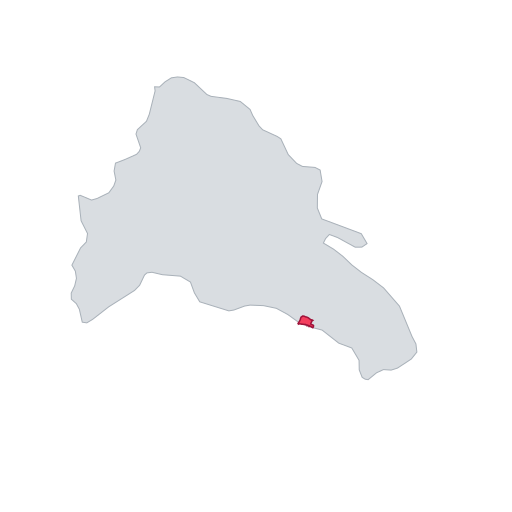 location of Guayacanes, San Pedro de Macorís, Dominican Republic, rotated 25°
{"feature_id": "3306468B17793693444976", "entity_name": "Guayacanes", "entity_type": "district", "adm_level": 2, "iso_a3": "DOM", "parent_name": "Dominican Republic", "parent_adm1": "San Pedro de Macorís", "projection": "robinson", "projection_center": [-69.45, 18.445], "detail": "fine", "context": "in_parent", "style": "filled", "palette": "rose", "viewbox_px": 512, "rotation_deg": 25, "n_neighbors": 0, "source": "geoboundaries", "source_scale": "gbopen_adm2", "svg_char_len": 3519}
<svg xmlns="http://www.w3.org/2000/svg" viewBox="0 0 512 512"><g transform="rotate(25 256 256)"><path d="M93.0,342.1L93.6,322.8L96.3,315.0L93.8,306.8L82.6,298.0L75.7,286.7L69.6,276.7L71.0,275.3L83.3,274.8L87.6,271.1L95.9,260.9L97.5,252.7L96.9,246.4L91.5,239.0L89.4,231.2L96.1,224.3L104.8,214.3L106.0,210.5L105.8,206.7L95.7,196.2L95.1,191.6L99.8,180.2L99.4,172.7L94.8,149.1L92.6,145.5L97.1,143.6L100.0,136.5L104.0,130.3L109.2,126.9L115.1,124.8L126.9,125.0L143.2,130.4L147.8,130.3L163.5,125.4L176.5,122.6L188.7,125.7L193.6,130.0L203.7,136.8L208.7,138.8L224.7,138.7L229.0,139.3L242.4,150.5L253.7,154.9L260.2,155.2L272.0,150.8L277.8,151.0L284.4,160.6L285.7,174.2L291.3,186.6L299.9,194.6L342.0,191.3L351.4,197.8L348.2,203.2L342.2,206.1L322.2,204.8L313.4,205.5L311.7,210.8L311.6,215.8L323.3,217.0L334.9,219.6L346.6,223.6L358.5,226.3L371.9,228.1L385.1,231.0L407.2,240.8L431.5,263.1L438.1,268.1L442.4,275.1L440.3,283.7L431.6,297.8L426.7,302.3L419.5,305.1L414.6,310.9L409.9,320.7L407.0,321.5L403.5,321.1L397.7,315.6L393.5,307.0L381.7,298.9L367.8,300.0L347.2,295.2L334.7,297.5L322.2,298.0L309.5,295.6L296.6,294.8L283.8,297.8L271.4,303.0L266.8,306.2L258.8,314.3L254.6,317.2L224.4,321.3L215.7,315.4L207.6,307.3L196.0,306.2L179.1,312.5L168.6,314.7L164.3,317.4L163.0,320.4L162.9,331.7L160.5,338.5L144.0,364.3L134.7,382.5L130.9,388.1L126.5,389.4L118.4,378.9L113.3,375.1L106.9,373.2L104.2,367.7L104.3,359.7L102.7,352.1L98.7,346.1L93.0,342.1Z" fill="#d9dde1" stroke="#a8b0b8" stroke-width="1"/><path d="M323.5,290.8L323.4,291.1L323.3,291.5L323.2,291.7L323.0,291.8L322.9,291.9L322.8,292.1L322.7,292.3L322.7,292.6L322.7,293.1L322.7,293.5L322.8,293.8L322.8,294.1L322.9,294.4L323.0,294.6L323.0,294.8L323.0,295.3L323.0,296.6L323.0,297.0L323.0,297.3L322.9,297.5L322.8,297.8L322.8,298.0L322.7,298.8L322.7,299.1L322.7,299.5L322.7,299.4L322.7,299.5L322.8,299.5L322.9,299.4L323.0,299.4L323.3,299.4L323.5,299.3L323.6,299.2L323.8,299.2L323.8,299.3L323.9,299.2L324.0,299.1L324.3,299.1L324.5,299.0L324.6,298.9L324.8,298.9L325.0,298.8L325.1,298.7L325.3,298.7L325.6,298.6L325.8,298.6L326.0,298.6L326.2,298.4L326.4,298.4L326.5,298.4L326.7,298.2L326.8,298.2L327.0,298.2L327.3,298.1L327.5,298.0L327.6,297.9L327.9,297.9L328.0,297.9L328.3,297.8L328.5,297.8L328.6,297.7L328.8,297.6L329.0,297.5L329.1,297.4L329.2,297.5L329.4,297.5L329.4,297.4L329.5,297.4L329.8,297.3L329.8,297.2L330.1,297.2L330.5,297.2L330.9,297.1L331.0,297.1L331.3,297.1L331.7,297.1L331.8,297.2L331.9,296.9L332.0,296.9L332.0,297.0L332.1,296.9L332.4,296.9L332.8,296.9L333.0,296.9L333.7,296.8L333.7,296.7L333.8,296.7L334.0,296.7L334.0,296.8L334.1,296.7L334.3,296.7L334.6,296.7L334.6,296.8L334.7,296.7L334.8,296.7L335.0,296.7L335.1,296.8L335.3,296.8L335.5,296.8L335.9,296.8L336.0,296.8L336.5,296.8L336.9,296.9L337.0,296.9L337.0,297.0L337.4,297.0L337.5,297.0L337.8,297.0L337.9,296.5L337.9,295.9L337.9,295.7L337.7,295.2L337.6,294.8L337.5,294.7L337.4,294.6L337.2,294.5L334.9,294.6L334.7,294.6L334.4,294.5L334.3,294.4L334.2,294.2L334.2,293.9L334.2,292.7L334.2,291.7L334.2,291.3L334.3,291.1L334.3,290.9L334.7,290.3L334.0,290.2L333.6,290.3L333.4,290.3L333.1,290.5L332.9,290.5L332.7,290.6L332.4,290.6L332.1,290.6L331.9,290.5L331.5,290.3L331.2,290.2L330.8,290.2L330.5,290.2L330.3,290.1L330.0,290.0L329.8,289.9L329.7,289.9L329.3,289.9L328.8,289.9L328.3,289.9L327.9,289.9L327.6,289.9L327.3,290.1L327.2,290.1L326.9,290.2L326.4,290.2L325.2,290.2L324.9,290.2L324.7,290.2L324.6,290.3L324.4,290.4L324.1,290.7L323.9,290.7L323.8,290.8L323.5,290.8Z" fill="#f43f5e" stroke="#9f1239" stroke-width="1.5"/></g></svg>